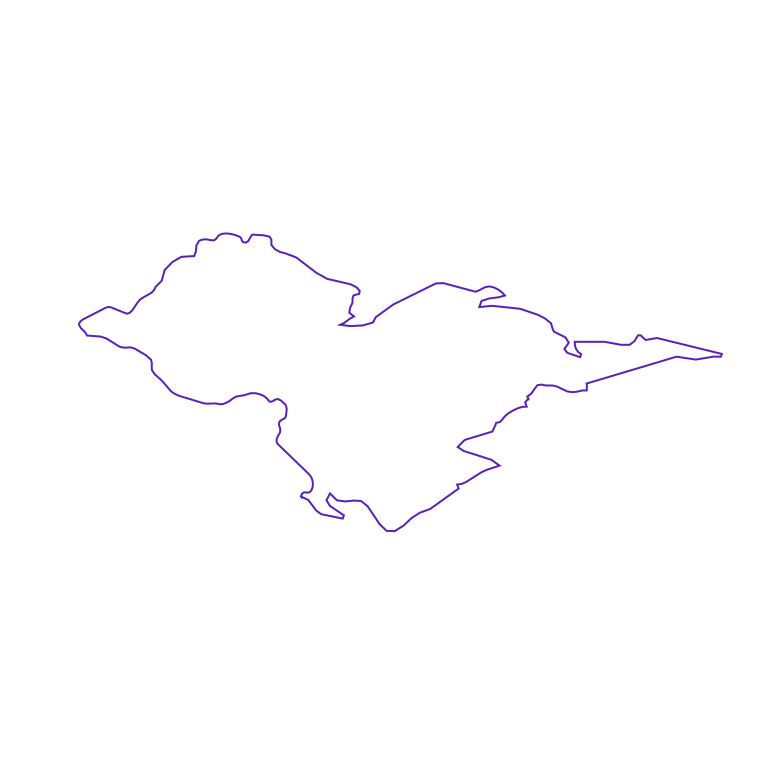 the County of Clare, rotated 200°
{"feature_id": "IRL-76", "entity_name": "Clare", "entity_type": "County", "adm_level": 1, "iso_a3": "IRL", "parent_name": "Ireland", "parent_adm1": "", "projection": "robinson", "projection_center": [-8.993, 52.861], "detail": "fine", "context": "isolated", "style": "outline", "palette": "violet", "viewbox_px": 768, "rotation_deg": 200, "n_neighbors": 0, "source": "natural_earth", "source_scale": "10m", "svg_char_len": 3450}
<svg xmlns="http://www.w3.org/2000/svg" viewBox="0 0 768 768"><g transform="rotate(200 384 384)"><path d="M516.4,473.0L509.7,472.9L485.5,465.3L473.3,463.4L449.1,466.3L442.8,465.4L438.7,463.2L438.2,460.2L442.9,456.9L442.9,453.7L441.4,449.6L441.9,444.0L441.0,439.1L435.3,437.3L438.5,433.5L442.6,427.4L445.4,424.7L435.7,426.8L424.1,431.7L415.4,438.0L414.6,444.0L402.6,461.7L369.7,496.2L362.7,499.1L329.7,502.0L327.8,503.4L321.9,509.7L318.2,511.8L313.6,512.3L308.9,511.8L304.5,510.5L300.6,508.5L306.5,504.4L314.7,500.2L320.8,495.3L320.7,488.9L309.0,494.5L281.9,501.2L263.0,501.7L255.0,500.6L247.8,498.2L244.8,494.0L242.2,491.3L229.5,489.9L224.5,486.0L226.5,478.6L222.4,476.0L208.9,476.3L208.9,479.5L212.3,480.4L215.3,482.4L217.6,485.2L219.2,488.9L191.1,499.1L174.7,501.9L166.6,504.8L163.2,510.1L161.9,516.7L159.1,517.5L155.7,515.8L153.1,514.9L143.2,520.6L76.8,527.8L76.8,524.9L83.5,522.5L99.4,513.6L118.5,509.7L193.8,453.7L192.8,452.0L191.3,447.3L195.3,445.8L200.7,442.4L204.2,440.8L209.0,439.7L220.6,440.8L224.8,440.3L231.7,437.9L235.8,437.3L239.4,435.4L240.9,430.9L242.2,425.6L245.0,421.2L243.0,419.2L242.9,419.0L243.9,418.3L245.0,415.0L242.2,411.5L246.2,409.8L250.2,406.8L254.0,402.9L257.4,398.6L259.6,394.4L260.8,390.8L262.2,387.8L265.3,385.8L265.3,382.5L266.0,376.3L289.0,359.1L293.2,350.0L286.2,348.3L257.2,349.5L247.5,346.8L257.9,338.7L262.3,334.3L273.3,320.0L276.8,316.7L280.9,314.5L278.1,311.3L297.9,282.3L306.0,275.6L312.1,267.7L317.2,257.6L323.6,249.4L331.4,246.9L340.2,250.8L357.5,263.5L365.6,266.2L372.6,264.1L380.2,260.4L388.5,258.6L397.3,262.7L398.3,255.1L393.0,250.9L376.8,246.9L376.8,243.4L398.5,240.2L404.3,241.9L415.5,249.1L422.7,249.8L422.7,249.3L423.7,249.9L423.5,252.7L423.0,253.7L422.0,254.8L421.1,255.1L417.9,256.1L416.8,257.2L416.0,258.8L415.8,260.6L415.8,262.5L416.2,264.4L416.8,266.0L417.5,267.6L418.4,269.0L419.4,270.4L420.6,271.6L423.2,273.4L463.2,291.2L464.6,292.3L465.5,293.8L466.0,295.5L466.0,297.4L465.8,299.2L465.4,301.0L465.2,302.9L465.5,304.6L466.2,306.3L467.1,307.7L468.3,309.0L469.0,310.5L469.4,312.1L469.0,313.6L468.1,315.0L466.0,317.4L465.5,318.2L465.3,318.8L465.2,319.7L465.4,321.2L466.6,326.4L467.3,327.9L468.2,329.4L469.6,330.9L475.2,333.2L477.0,333.5L479.0,333.5L481.4,331.6L482.6,329.9L484.0,328.7L485.8,328.4L488.4,330.0L490.9,331.1L493.9,331.8L498.1,331.8L501.6,331.4L506.2,329.7L511.4,325.7L517.7,322.2L519.1,321.1L521.3,318.4L522.3,316.7L523.2,315.4L525.5,312.7L528.2,310.3L530.1,309.3L536.6,307.8L542.8,305.2L547.0,304.2L573.2,302.8L577.7,303.3L581.6,304.3L594.1,311.3L602.5,314.6L606.6,317.5L607.4,318.9L608.3,321.2L609.4,324.4L611.3,327.2L617.8,329.7L630.4,332.0L634.6,331.8L638.6,330.0L641.8,329.0L645.3,328.6L660.1,331.8L666.3,331.7L679.6,328.0L682.5,330.4L687.9,332.9L689.3,333.9L690.6,335.1L691.2,336.6L690.7,339.0L689.1,341.6L671.4,360.7L669.0,362.2L666.8,362.7L651.5,362.1L649.3,362.3L647.3,364.0L645.8,366.9L643.4,376.5L642.2,379.6L640.6,382.1L633.9,390.0L632.9,391.9L632.1,394.3L631.9,396.9L628.2,405.0L629.1,416.1L624.4,426.5L617.9,434.2L606.1,439.3L606.1,444.2L607.7,450.1L606.7,455.3L604.6,457.2L602.0,458.6L599.1,459.5L596.4,459.8L592.7,460.9L591.2,463.6L590.3,466.8L587.9,469.5L584.3,471.3L580.2,472.5L575.5,473.1L570.0,473.0L568.0,472.1L566.8,470.4L565.3,469.2L562.4,469.5L560.5,471.6L559.4,478.1L558.4,479.5L548.1,482.5L541.9,483.3L539.2,481.1L537.3,476.1L532.7,473.4L526.9,472.5L521.3,473.0L521.2,473.0L520.9,473.0L516.4,473.0Z" fill="none" stroke="#5b21b6" stroke-width="2"/></g></svg>